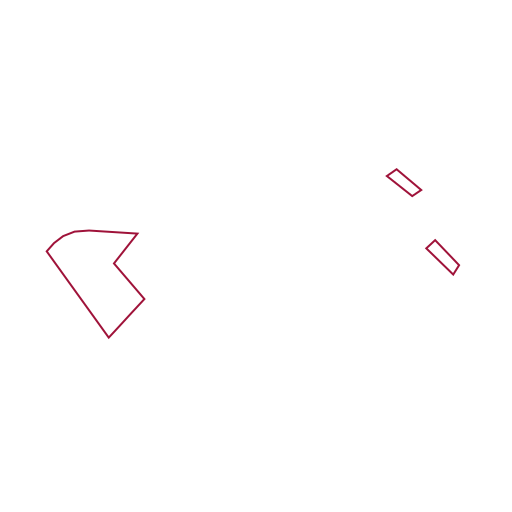 an SVG outline of Gaga'emauga, rotated 311°
{"feature_id": "WSM-4990", "entity_name": "Gaga'emauga", "entity_type": "state/province", "adm_level": 1, "iso_a3": "WSM", "parent_name": "Samoa", "parent_adm1": "", "projection": "natural_earth1", "projection_center": [-172.104, -13.734], "detail": "fine", "context": "isolated", "style": "outline", "palette": "rose", "viewbox_px": 512, "rotation_deg": 311, "n_neighbors": 0, "source": "natural_earth", "source_scale": "10m", "svg_char_len": 427}
<svg xmlns="http://www.w3.org/2000/svg" viewBox="0 0 512 512"><g transform="rotate(311 256 256)"><path d="M122.2,95.0L133.2,95.1L144.5,97.4L155.4,103.1L165.7,113.3L195.1,151.8L157.2,153.7L150.3,200.0L131.7,199.4L109.6,198.8L97.8,198.4L122.2,95.0ZM382.3,415.3L371.4,417.0L373.5,379.5L385.5,380.8L382.3,415.3ZM402.2,302.3L413.7,305.2L414.2,337.4L403.7,334.6L402.2,302.3Z" fill="none" stroke="#9f1239" stroke-width="2"/></g></svg>